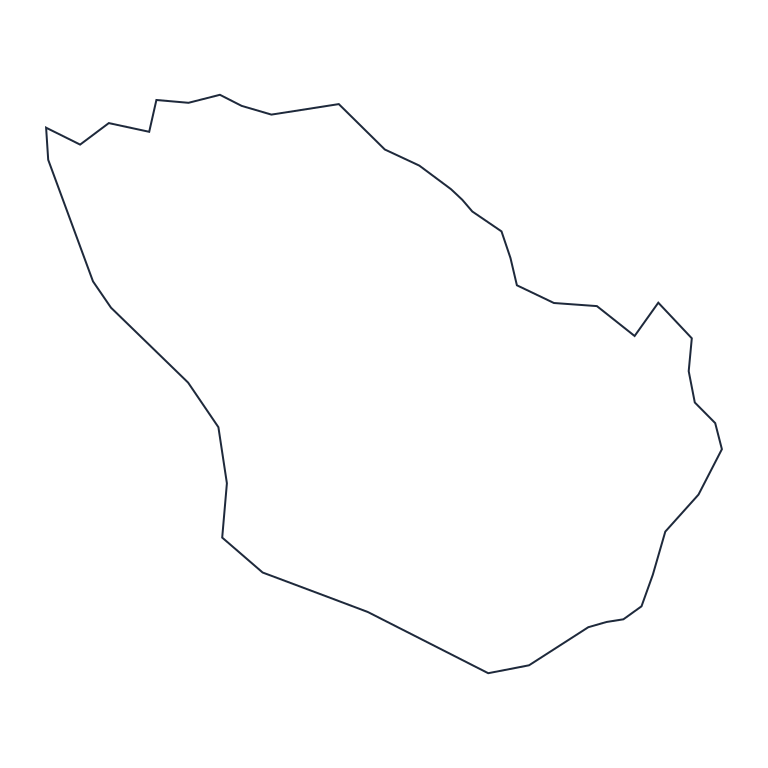 outline of Jinja
{"feature_id": "UGA-3064", "entity_name": "Jinja", "entity_type": "District", "adm_level": 1, "iso_a3": "UGA", "parent_name": "Uganda", "parent_adm1": "", "projection": "natural_earth1", "projection_center": [33.327, 0.494], "detail": "fine", "context": "isolated", "style": "outline", "palette": "slate", "viewbox_px": 768, "rotation_deg": 0, "n_neighbors": 0, "source": "natural_earth", "source_scale": "10m", "svg_char_len": 685}
<svg xmlns="http://www.w3.org/2000/svg" viewBox="0 0 768 768"><path d="M219.9,94.8L241.7,105.9L271.4,114.6L338.8,104.1L384.8,149.5L419.3,165.6L451.0,189.2L462.3,199.8L472.3,211.5L501.5,231.4L510.5,258.1L516.9,285.3L553.9,303.0L596.9,306.1L634.6,336.0L658.3,302.7L691.8,338.3L688.7,371.2L694.8,402.5L715.2,423.1L721.9,449.2L698.5,494.6L665.3,531.6L652.8,574.8L641.5,606.3L623.4,619.3L606.4,622.0L588.3,627.2L529.0,665.3L488.2,673.2L367.8,612.0L338.9,601.1L262.6,572.5L222.2,537.6L226.9,483.3L218.4,427.2L188.1,382.6L111.0,307.7L93.0,281.4L48.2,159.8L46.1,127.7L80.1,144.6L108.8,123.1L149.2,131.8L156.4,100.0L188.5,102.8L219.9,94.8Z" fill="none" stroke="#1e293b" stroke-width="2"/></svg>